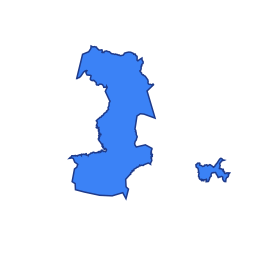 Santiago Choápam, Oaxaca, Mexico, rotated 65°
{"feature_id": "50627088B5221153952637", "entity_name": "Santiago Choápam", "entity_type": "district", "adm_level": 2, "iso_a3": "MEX", "parent_name": "Mexico", "parent_adm1": "Oaxaca", "projection": "robinson", "projection_center": [-95.863, 17.388], "detail": "fine", "context": "isolated", "style": "filled", "palette": "blue", "viewbox_px": 256, "rotation_deg": 65, "n_neighbors": 0, "source": "geoboundaries", "source_scale": "gbopen_adm2", "svg_char_len": 5813}
<svg xmlns="http://www.w3.org/2000/svg" viewBox="0 0 256 256"><g transform="rotate(65 128 128)"><path d="M42.0,138.0L61.5,153.6L61.7,153.1L61.5,151.8L61.7,150.6L61.0,148.7L58.7,144.8L58.2,143.2L58.3,141.4L58.7,141.0L59.6,142.6L60.8,142.8L62.3,142.8L62.7,142.6L64.5,139.6L65.1,139.4L67.7,141.5L68.6,141.5L69.8,140.6L70.3,139.7L70.0,139.5L70.1,139.2L70.9,138.4L71.9,138.3L73.3,137.6L75.2,138.3L75.8,138.1L75.9,137.7L76.7,136.8L76.3,135.2L76.8,134.0L77.9,132.8L80.6,132.5L80.9,132.7L81.4,131.6L81.9,130.0L81.3,129.7L82.3,129.6L85.2,133.1L94.9,133.1L96.0,132.9L96.5,133.3L97.1,134.4L99.9,135.9L101.0,137.4L101.8,137.7L102.8,137.7L103.6,140.2L104.3,140.4L104.4,141.8L104.8,143.0L104.7,143.1L104.8,143.7L105.7,144.6L105.8,145.4L106.1,145.8L105.9,146.0L106.0,146.8L106.8,147.8L106.5,148.7L106.7,149.0L106.7,149.5L107.0,149.9L107.4,152.0L108.1,153.7L109.3,153.3L110.8,153.8L111.8,155.1L112.3,155.5L113.0,155.0L113.7,155.3L114.3,155.1L113.9,155.9L113.9,156.5L114.4,156.5L115.1,155.9L115.4,154.4L116.7,155.3L117.1,154.9L117.5,154.9L117.8,155.1L117.7,155.8L118.4,156.1L119.0,155.8L120.0,156.3L120.4,155.8L120.6,155.8L120.9,156.7L121.6,156.6L122.1,155.3L122.7,155.4L122.8,155.7L122.4,156.1L122.2,156.8L122.3,157.7L123.5,157.9L123.8,157.4L124.0,157.7L124.9,158.2L124.5,158.6L125.3,159.5L126.4,159.7L126.9,159.2L127.5,159.5L129.8,158.9L130.8,158.9L131.6,158.2L131.6,158.6L132.1,158.7L132.8,158.3L133.4,159.2L134.0,159.0L134.2,158.3L134.5,158.2L134.7,158.4L134.7,159.0L135.2,159.1L136.4,158.2L137.2,158.6L137.4,158.3L137.0,157.1L137.2,156.9L138.0,157.0L138.5,156.7L138.7,156.1L138.8,157.0L139.5,157.4L139.9,158.1L140.0,158.5L139.3,158.9L138.8,160.4L138.1,160.3L137.4,160.5L136.9,161.2L136.9,161.5L137.6,161.7L138.2,162.4L138.3,163.4L137.7,163.1L137.4,163.1L137.3,163.9L137.0,164.3L137.1,165.0L137.7,165.2L137.7,165.4L137.2,165.5L137.0,167.6L136.4,168.4L136.3,168.9L135.5,169.2L135.2,170.0L135.5,170.8L135.4,171.7L135.0,172.0L135.5,173.3L135.5,174.8L136.1,175.6L135.7,175.5L135.1,177.0L134.8,177.1L133.6,176.7L133.5,176.9L134.0,178.2L133.1,178.9L132.9,179.3L133.0,180.2L132.2,180.9L132.1,181.4L132.2,181.7L133.1,182.0L132.3,182.3L131.9,183.1L131.7,185.0L132.0,185.6L131.5,185.9L131.2,187.2L130.6,187.4L130.4,188.9L129.9,189.5L129.4,190.7L129.9,191.3L130.3,192.0L130.2,192.6L130.7,194.0L131.4,191.6L132.4,190.5L136.4,190.7L139.7,188.9L141.9,191.0L142.5,193.8L153.0,201.3L156.1,199.4L161.7,201.7L167.5,194.7L177.0,182.1L182.8,171.0L184.4,160.1L191.2,159.7L183.6,153.4L180.9,154.5L180.2,154.5L173.5,151.8L171.1,146.2L171.1,145.3L170.6,145.3L170.3,144.6L169.7,144.4L169.5,142.8L169.2,142.5L168.5,142.4L168.4,141.9L169.1,141.2L169.1,140.7L168.4,140.6L167.8,139.8L167.8,137.8L167.3,136.6L167.6,136.0L167.5,134.4L166.6,133.0L167.5,132.6L167.4,131.6L168.4,130.0L168.4,129.7L168.0,129.3L168.3,124.6L168.6,124.1L170.4,122.9L169.5,122.6L167.6,120.2L166.9,120.1L166.2,119.7L165.3,119.8L165.2,119.3L165.4,118.9L164.7,119.4L164.1,119.4L164.2,119.0L163.8,118.7L163.9,118.0L163.2,117.8L162.7,117.4L162.5,118.1L162.2,118.0L161.7,118.2L161.5,117.5L160.9,117.9L160.7,117.7L160.2,117.6L159.8,117.0L159.5,117.2L158.0,116.1L157.7,115.5L156.6,114.9L150.6,119.4L148.7,128.5L146.4,128.9L144.7,128.5L144.4,128.1L143.2,127.2L142.3,125.5L140.8,124.4L140.2,123.6L139.6,123.3L137.4,123.3L135.8,122.6L134.3,122.7L134.2,122.2L133.1,122.0L132.0,122.2L120.9,114.8L120.3,110.8L122.2,107.6L130.5,99.3L102.5,95.1L99.6,86.6L98.9,86.6L98.7,86.9L99.0,87.6L98.7,88.5L97.9,89.2L97.6,90.1L96.9,90.7L96.3,90.9L95.4,90.8L94.6,90.2L92.8,89.7L88.4,90.5L87.1,91.5L86.3,91.6L86.1,92.2L84.9,92.7L84.5,92.8L83.8,92.5L83.0,92.9L82.4,92.8L82.0,93.2L81.2,93.1L81.1,92.2L80.4,91.5L79.2,90.7L78.2,90.4L78.0,89.9L77.5,89.8L77.4,89.1L76.6,89.0L76.1,88.5L76.0,87.6L75.6,86.9L74.4,86.3L72.2,86.5L70.5,85.8L70.9,89.1L71.3,90.3L71.3,90.7L70.8,91.0L70.3,91.1L67.3,89.6L66.5,89.6L65.6,90.4L64.2,90.1L63.9,90.4L63.9,91.3L63.6,91.7L62.8,91.5L60.5,93.5L59.5,95.3L59.0,97.4L58.7,99.6L59.4,100.5L59.9,101.6L59.4,103.9L59.0,104.7L58.3,104.9L57.9,105.5L57.9,106.1L57.3,106.3L56.6,106.9L56.5,107.4L55.7,108.1L55.8,108.8L54.8,109.7L54.0,111.1L53.3,111.7L51.1,112.6L50.1,114.1L49.1,114.8L48.6,117.1L49.4,118.0L49.0,118.3L48.9,119.1L48.5,119.6L47.4,118.8L46.1,118.6L45.6,120.4L45.0,121.4L42.4,122.4L41.3,122.4L40.9,123.2L40.2,123.7L39.6,125.7L38.1,126.8L40.3,128.1L42.3,131.4L42.0,138.0ZM211.7,54.8L210.4,57.5L210.7,58.6L210.2,59.0L210.1,59.5L209.4,59.6L208.8,59.1L208.1,59.5L207.9,59.8L207.4,59.9L207.2,59.6L206.9,59.9L206.6,59.5L205.9,59.2L205.8,59.5L205.5,59.5L205.5,60.2L204.6,60.5L203.4,62.3L203.0,62.2L202.7,61.5L201.7,61.1L201.0,60.3L199.5,60.2L198.7,59.9L198.6,58.8L197.7,57.7L197.4,56.9L197.6,56.1L197.3,55.9L197.9,54.6L197.9,54.3L197.0,55.5L195.5,55.9L194.7,56.6L194.7,57.1L195.0,58.2L197.5,62.2L197.7,63.0L198.4,63.8L198.5,64.6L199.2,65.2L199.5,66.8L200.4,67.3L199.7,67.1L199.4,67.2L197.9,67.9L197.0,68.6L196.4,68.7L195.8,69.3L195.9,71.9L195.0,71.9L194.5,72.4L194.5,73.1L194.0,74.3L194.7,75.1L194.4,76.7L193.1,77.3L192.2,78.5L191.6,78.7L190.7,77.9L190.1,77.9L189.3,79.8L189.7,80.3L189.7,80.8L190.0,82.0L192.2,82.7L194.1,81.6L195.9,82.0L197.3,82.4L197.8,83.1L198.4,82.7L199.4,82.9L200.3,83.8L201.9,84.6L202.4,84.2L202.7,84.4L203.3,84.4L203.9,84.7L204.9,84.4L205.9,83.7L207.0,83.4L207.0,82.9L205.9,82.7L206.4,82.1L207.6,82.0L207.8,81.7L207.1,81.3L207.0,80.9L207.5,80.1L207.6,78.6L208.5,78.7L209.1,79.6L209.7,79.9L210.4,78.0L210.2,77.4L208.1,75.2L207.5,74.9L206.7,72.8L205.6,72.6L204.7,71.9L204.1,70.5L204.6,69.9L204.5,69.2L204.9,68.7L205.2,67.6L205.6,67.4L206.9,67.5L209.1,67.1L209.5,67.2L211.0,67.2L211.2,66.7L211.0,66.1L211.4,64.7L211.3,64.0L211.6,63.5L212.5,62.9L214.3,63.8L215.9,63.7L216.5,63.4L216.9,63.5L217.2,63.3L217.9,62.1L215.7,60.8L214.9,59.8L214.5,59.1L214.7,58.6L214.4,57.8L213.5,56.9L212.4,56.7L212.2,55.5L211.7,54.8Z" fill="#3b82f6" stroke="#1e3a8a" stroke-width="1.5"/></g></svg>